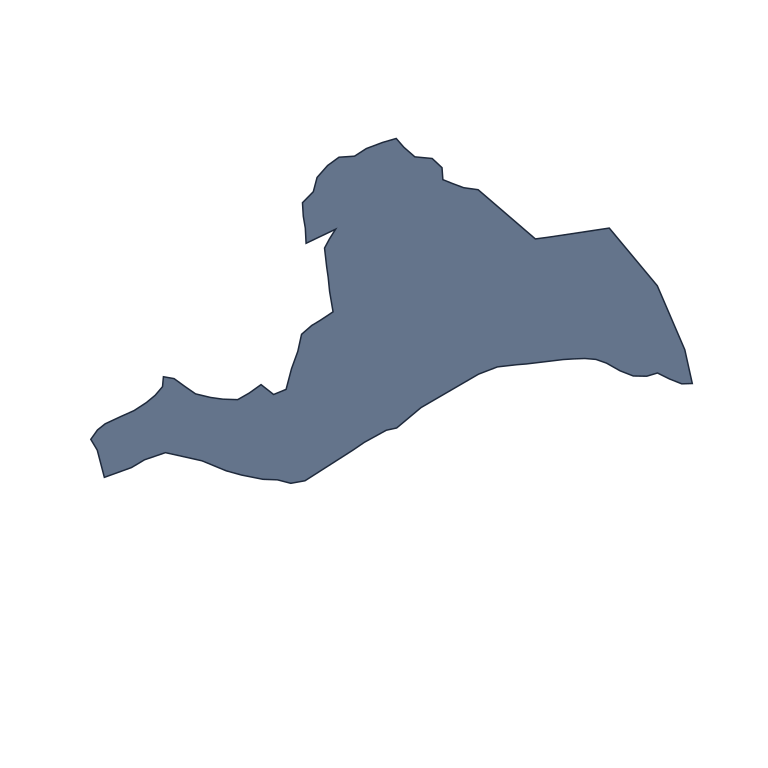 outline of Propriá, Sergipe, Brazil, rotated 139°
{"feature_id": "56859067B53769689162017", "entity_name": "Propriá", "entity_type": "district", "adm_level": 2, "iso_a3": "BRA", "parent_name": "Brazil", "parent_adm1": "Sergipe", "projection": "albers", "projection_center": [-36.788, -10.237], "detail": "fine", "context": "isolated", "style": "filled", "palette": "slate", "viewbox_px": 768, "rotation_deg": 139, "n_neighbors": 0, "source": "geoboundaries", "source_scale": "gbopen_adm2", "svg_char_len": 1263}
<svg xmlns="http://www.w3.org/2000/svg" viewBox="0 0 768 768"><g transform="rotate(139 384 384)"><path d="M594.0,475.6L571.8,445.5L560.0,421.9L551.3,408.8L537.9,391.5L527.3,381.6L519.5,370.2L507.1,362.8L451.0,354.5L437.2,352.9L412.6,347.6L403.3,342.5L371.5,341.9L306.2,329.4L287.2,322.5L271.2,311.5L263.5,305.8L242.9,291.8L232.7,284.9L224.5,278.6L215.7,271.5L207.9,263.5L202.4,253.8L197.2,239.1L190.6,226.5L180.6,217.5L170.4,212.9L165.2,200.4L159.2,188.8L151.0,182.1L134.5,212.5L113.3,278.8L111.7,353.9L164.2,387.3L174.6,394.2L185.5,468.9L195.1,479.9L200.9,490.6L205.5,499.6L198.3,509.2L199.7,522.6L211.7,535.2L213.7,549.7L213.7,561.3L226.5,567.2L242.9,573.3L256.8,575.3L269.2,584.7L283.2,585.9L299.0,583.8L311.2,575.5L326.6,574.3L334.9,563.5L341.1,553.3L350.5,541.3L319.0,532.6L329.9,529.3L339.7,525.6L350.3,510.2L356.1,501.2L364.3,489.6L375.1,471.9L390.5,473.9L400.1,475.6L413.6,475.6L427.6,465.2L443.8,456.2L461.4,444.2L474.2,448.5L477.2,464.2L491.7,465.6L504.7,468.2L515.5,478.2L523.7,487.6L532.7,500.2L535.9,512.8L538.9,525.8L545.7,534.2L552.9,527.3L564.1,525.6L575.6,525.9L590.0,527.9L604.2,532.2L620.6,536.9L630.4,537.3L641.6,534.6L643.8,522.2L656.3,497.0L629.4,486.6L614.4,483.9L594.0,475.6Z" fill="#64748b" stroke="#1e293b" stroke-width="1.5"/></g></svg>